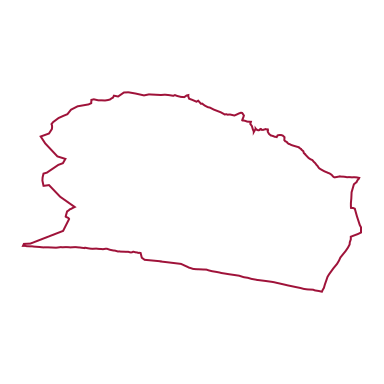 Tambrauw, Papua Barat, Indonesia (orthographic projection)
{"feature_id": "22746128B68810971865676", "entity_name": "Tambrauw", "entity_type": "district", "adm_level": 2, "iso_a3": "IDN", "parent_name": "Indonesia", "parent_adm1": "Papua Barat", "projection": "orthographic", "projection_center": [132.821, -0.81], "detail": "fine", "context": "isolated", "style": "outline", "palette": "rose", "viewbox_px": 384, "rotation_deg": 0, "n_neighbors": 0, "source": "geoboundaries", "source_scale": "gbopen_adm2", "svg_char_len": 4873}
<svg xmlns="http://www.w3.org/2000/svg" viewBox="0 0 384 384"><path d="M358.8,178.8L359.2,177.9L356.7,177.4L354.0,177.2L352.5,177.3L351.6,177.3L349.5,177.1L347.2,177.2L346.3,177.1L345.8,177.0L345.5,176.9L345.3,176.9L344.6,176.8L343.8,176.7L343.0,176.7L342.2,176.6L341.5,176.6L340.7,176.6L339.9,176.3L339.5,176.6L338.8,176.6L338.2,176.7L337.8,176.8L336.8,177.0L336.1,177.1L335.5,177.2L335.0,177.3L334.4,177.3L333.7,177.0L333.1,176.5L332.7,176.1L332.3,175.6L331.9,175.1L331.4,174.7L330.3,173.9L329.8,173.6L329.2,173.3L328.7,173.1L328.0,172.9L327.5,172.6L327.0,172.4L326.5,172.2L325.8,171.9L325.3,171.7L324.6,171.4L323.6,170.9L322.4,170.2L321.8,169.9L321.3,169.6L320.8,169.3L320.1,168.9L319.7,168.6L319.2,168.3L318.8,167.8L318.4,167.3L318.0,166.7L317.6,166.0L316.9,165.3L316.4,164.8L316.0,164.2L315.5,163.5L314.8,162.7L314.2,162.2L313.5,161.5L312.9,160.7L312.4,160.1L310.4,159.2L308.6,158.0L306.4,155.7L304.8,154.0L304.9,153.9L304.6,153.6L304.0,153.2L303.8,153.0L303.6,152.1L303.3,151.2L301.5,149.7L301.4,149.6L301.1,149.0L300.5,148.7L300.1,148.4L299.9,148.2L299.7,148.1L299.2,147.8L298.7,147.3L298.7,147.2L297.2,146.8L294.8,146.1L292.5,145.4L291.1,144.9L289.4,144.0L288.7,143.9L287.5,143.0L287.2,142.3L286.8,142.1L286.2,141.7L285.4,141.2L285.2,141.2L284.3,140.1L284.4,138.9L284.5,137.2L282.8,135.6L281.4,135.1L279.8,135.0L278.9,135.1L277.6,135.4L276.7,137.1L275.9,136.9L274.4,136.7L273.4,136.1L273.2,136.1L272.4,135.9L271.9,135.7L271.5,135.5L270.9,135.5L269.0,133.9L267.8,131.8L267.7,131.0L268.0,130.4L267.8,129.4L265.9,129.3L265.5,129.4L265.5,130.1L265.3,129.2L263.0,129.9L261.4,129.8L261.1,129.1L260.6,129.1L260.4,129.0L259.9,129.4L259.3,130.1L258.3,130.3L257.0,129.9L256.4,129.3L256.1,129.3L255.6,128.6L255.6,128.9L253.8,132.0L253.8,131.6L252.9,129.5L251.9,126.1L250.3,123.9L250.9,121.8L248.6,121.7L248.0,121.7L247.2,121.6L246.4,121.3L245.9,121.1L245.2,120.9L244.2,120.6L243.3,120.5L243.1,120.5L242.7,120.5L242.4,120.4L242.2,120.3L242.2,120.1L242.3,120.0L242.4,119.7L242.6,119.3L242.7,119.0L242.7,118.7L243.0,118.1L243.5,116.8L243.9,115.5L242.2,113.0L241.0,112.7L238.8,113.5L236.3,114.7L234.4,115.5L230.0,114.5L228.3,114.6L227.7,114.7L226.2,114.2L224.7,114.5L223.9,114.0L220.8,112.3L216.4,110.6L213.8,109.6L209.9,107.6L207.9,107.2L205.0,105.7L203.8,104.9L202.2,103.6L201.0,103.8L198.2,100.7L196.5,101.7L192.1,99.8L189.1,98.7L188.2,96.2L188.3,95.1L186.6,95.5L184.3,97.1L180.9,96.9L177.3,96.0L174.9,95.1L173.3,95.8L169.0,95.1L164.9,94.7L160.9,95.0L148.9,94.4L144.0,95.4L135.4,93.5L128.5,92.3L123.9,92.5L118.1,96.5L115.6,96.0L113.9,95.7L113.0,97.6L111.5,98.4L110.0,99.5L108.1,100.0L105.0,100.5L101.1,100.3L98.2,100.3L93.8,99.3L91.4,99.9L91.2,103.2L88.6,104.4L77.6,106.3L71.0,109.7L67.4,114.2L63.5,115.8L58.6,118.0L53.1,122.1L51.5,124.1L52.0,125.4L52.1,127.1L51.9,129.0L49.0,133.5L47.1,134.2L40.7,136.5L45.2,143.4L57.4,156.4L65.4,158.9L62.9,163.2L58.3,164.9L53.9,167.9L48.4,171.6L47.0,172.6L43.5,173.6L42.6,177.4L42.4,180.5L43.5,185.8L44.1,185.8L49.0,185.1L51.5,187.7L60.1,196.7L61.2,197.5L74.7,207.0L72.2,208.2L71.5,208.7L69.7,209.4L68.7,210.4L67.1,211.4L66.5,213.5L66.0,215.2L65.7,216.6L66.0,216.8L66.3,217.1L66.7,217.2L67.2,217.4L67.7,217.6L68.3,218.0L68.8,218.5L69.1,218.9L69.1,219.0L63.1,230.9L30.3,243.6L23.9,243.9L23.0,245.9L25.4,245.9L26.7,246.2L29.3,246.3L31.9,246.3L33.9,246.6L39.7,247.0L41.2,247.2L43.4,247.4L45.2,247.3L47.3,247.3L51.8,247.5L56.0,247.7L57.0,247.6L60.8,247.1L62.3,247.3L65.8,247.1L68.4,247.2L70.6,247.4L71.8,247.3L75.5,247.1L78.3,247.4L80.0,247.5L82.0,247.8L84.6,248.1L85.0,247.7L86.6,248.0L88.1,248.3L90.8,248.7L92.7,248.8L96.2,248.6L98.8,248.9L101.3,249.0L102.9,249.2L106.0,248.7L107.1,248.8L110.0,249.8L113.4,250.5L114.9,250.6L118.0,251.5L119.4,251.4L120.5,251.6L123.6,251.7L126.0,251.8L128.3,251.8L130.3,252.4L131.2,252.4L132.0,252.3L133.2,251.7L134.8,252.1L135.9,252.4L136.9,252.4L138.2,252.9L139.4,252.8L140.6,253.0L141.8,257.7L144.6,259.8L160.7,261.3L160.7,261.5L166.9,262.2L181.0,263.9L188.0,267.1L188.9,267.6L190.4,268.0L193.0,268.9L196.1,269.2L199.3,269.3L203.3,269.5L206.4,269.6L208.8,270.4L210.8,270.9L212.0,271.2L216.3,271.9L219.5,272.5L221.3,273.0L225.2,273.6L228.8,274.2L233.7,274.9L239.1,275.7L242.2,276.7L243.8,277.2L247.8,277.8L251.5,278.9L256.1,279.7L257.2,280.0L257.8,280.0L265.8,281.0L271.6,281.8L274.0,282.2L276.9,282.9L277.9,283.1L284.9,284.7L287.8,285.4L291.7,286.2L296.0,287.1L300.5,288.0L303.7,288.9L307.3,289.4L313.1,289.7L314.9,290.4L318.8,291.0L321.9,291.7L322.6,290.1L323.9,287.9L324.9,284.4L326.1,281.0L327.5,276.9L329.0,274.4L333.4,268.3L337.1,263.8L339.0,260.6L340.4,257.5L343.2,254.0L345.5,251.2L347.9,247.7L349.6,244.5L349.8,242.2L350.8,239.4L350.8,236.7L358.2,233.9L361.0,232.5L361.0,227.3L359.8,225.1L356.9,216.2L354.8,208.7L353.1,208.0L351.0,207.9L350.9,206.1L350.9,203.0L351.3,198.6L351.6,192.2L353.9,184.3L356.4,182.2L356.5,182.2L357.5,180.2L358.8,178.8Z" fill="none" stroke="#9f1239" stroke-width="2"/></svg>